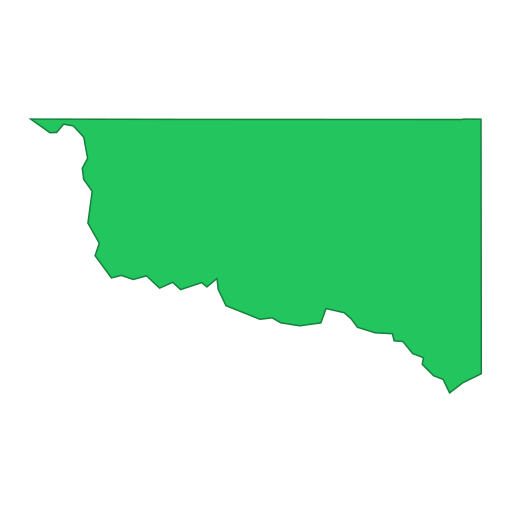 Ward, Texas, United States of America (Equal Earth projection)
{"feature_id": "52423323B69201645731080", "entity_name": "Ward", "entity_type": "district", "adm_level": 2, "iso_a3": "USA", "parent_name": "United States of America", "parent_adm1": "Texas", "projection": "equal_earth", "projection_center": [-103.189, 31.459], "detail": "fine", "context": "isolated", "style": "filled", "palette": "green", "viewbox_px": 512, "rotation_deg": 0, "n_neighbors": 0, "source": "geoboundaries", "source_scale": "gbopen_adm2", "svg_char_len": 731}
<svg xmlns="http://www.w3.org/2000/svg" viewBox="0 0 512 512"><path d="M464.0,119.1L461.4,119.5L181.9,119.4L30.7,119.1L49.9,132.7L56.6,132.5L63.6,124.2L73.4,125.9L83.8,137.3L87.6,158.3L82.3,168.2L83.7,179.4L92.2,191.3L87.9,223.1L99.3,243.2L95.1,255.7L111.4,277.9L121.5,275.4L133.2,279.5L146.5,275.8L159.6,288.1L172.7,282.3L180.6,289.6L201.7,282.6L206.9,286.9L217.0,278.5L218.2,289.3L226.0,305.7L260.0,319.3L272.1,317.8L280.7,322.8L299.6,325.8L320.9,322.9L326.0,308.6L344.1,312.7L351.0,318.6L357.5,327.3L375.2,332.8L392.4,333.7L394.1,340.8L402.9,341.5L412.7,353.6L423.5,357.7L422.2,364.3L433.7,375.8L443.1,379.4L449.6,392.9L462.7,382.8L481.3,373.7L481.0,119.2L464.0,119.1Z" fill="#22c55e" stroke="#15803d" stroke-width="1.5"/></svg>